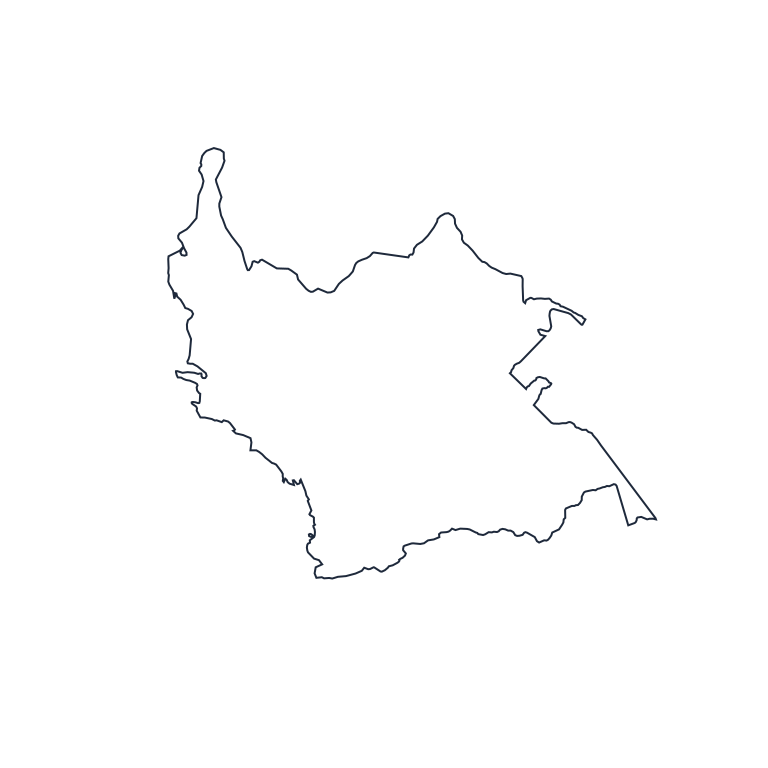 map outline of Colombia (Robinson projection), rotated 314°
{"feature_id": "COL", "entity_name": "Colombia", "entity_type": "country or territory", "adm_level": 0, "iso_a3": "COL", "parent_name": "South America", "parent_adm1": "", "projection": "robinson", "projection_center": [-72.763, 4.099], "detail": "fine", "context": "isolated", "style": "outline", "palette": "slate", "viewbox_px": 768, "rotation_deg": 314, "n_neighbors": 0, "source": "natural_earth", "source_scale": "50m", "svg_char_len": 6162}
<svg xmlns="http://www.w3.org/2000/svg" viewBox="0 0 768 768"><g transform="rotate(314 384 384)"><path d="M433.8,114.2L427.2,117.2L414.3,121.0L412.7,123.2L405.5,137.3L399.4,140.2L397.2,142.3L392.0,149.8L390.5,153.6L386.5,161.8L384.3,172.1L382.3,186.2L380.5,190.4L375.6,198.2L371.6,205.8L371.3,206.9L372.2,207.8L376.6,206.9L380.7,204.6L382.2,205.3L383.7,209.0L385.4,209.4L387.0,209.0L388.7,209.9L392.7,226.6L400.4,235.1L401.2,238.4L402.2,245.4L399.5,249.6L398.4,261.9L398.7,265.0L399.5,267.4L401.0,268.7L406.8,270.3L410.5,279.8L412.9,282.0L416.4,283.5L424.7,282.0L429.7,282.3L437.1,283.7L439.8,283.6L443.3,283.4L449.5,280.5L451.8,280.0L454.3,280.3L458.0,281.8L462.5,284.1L466.2,285.0L470.4,284.8L471.5,285.3L492.0,313.6L494.1,312.8L495.5,313.1L496.8,314.5L499.1,313.9L502.3,311.5L507.0,311.0L513.1,312.5L521.2,312.5L531.3,311.1L537.5,309.5L540.0,307.9L544.0,308.0L548.9,309.5L551.6,311.7L552.9,317.0L551.8,320.4L548.7,323.7L547.0,328.0L546.7,333.3L545.1,337.1L542.2,339.6L541.1,343.3L541.8,348.1L541.5,355.1L540.2,364.3L540.2,369.8L541.5,371.6L542.1,374.2L542.0,377.6L542.5,380.6L544.0,384.4L546.2,392.2L548.0,395.5L551.2,398.2L557.0,407.8L556.2,410.3L555.7,411.0L550.7,415.7L540.9,425.9L540.1,427.2L540.2,429.4L543.0,428.0L547.6,429.4L548.3,430.2L549.1,433.0L551.6,434.6L554.6,437.5L557.0,440.6L560.1,443.4L560.5,445.4L560.0,447.4L561.5,452.0L562.6,453.4L563.1,455.2L562.6,457.0L563.9,459.0L567.0,468.1L567.2,470.8L567.9,472.1L568.7,475.8L570.2,479.3L569.8,481.6L570.4,484.0L564.6,485.5L564.1,485.3L563.8,484.4L563.9,470.3L563.0,467.3L555.8,454.0L554.3,452.9L552.5,452.8L551.3,453.2L549.5,454.4L547.9,455.7L541.6,464.3L539.7,465.3L537.9,465.7L536.2,465.6L534.9,464.3L531.9,458.5L530.0,457.4L529.2,458.4L528.1,462.3L530.5,466.7L495.4,466.7L493.1,466.5L490.8,465.4L488.6,464.8L487.4,464.9L485.3,466.0L482.5,466.2L480.7,467.2L479.2,467.1L479.1,489.7L480.8,489.0L482.2,489.1L483.2,489.7L486.2,489.2L490.8,489.7L491.7,490.4L492.9,490.3L494.2,489.5L495.7,490.0L497.3,491.2L499.3,495.3L500.3,496.4L500.2,500.3L499.8,501.7L500.6,503.6L500.5,504.1L499.9,504.4L496.6,504.7L495.9,503.8L494.3,503.8L493.2,503.3L492.4,502.2L490.8,501.1L489.1,501.6L485.7,503.6L484.6,503.4L483.2,503.9L480.5,505.4L472.9,506.4L472.4,531.3L473.2,533.3L477.0,537.5L479.9,539.7L482.3,542.2L484.8,543.3L485.8,544.2L486.5,545.7L487.1,548.7L486.2,551.5L486.5,553.0L487.4,554.1L488.6,558.4L491.5,561.2L491.5,564.4L492.6,566.5L493.0,568.0L492.4,569.8L491.9,575.9L490.5,582.9L476.1,672.5L475.5,673.7L474.0,671.1L471.6,668.7L469.4,667.3L467.1,661.4L464.1,659.1L462.9,659.2L461.6,660.3L459.6,661.0L458.2,660.9L452.0,657.9L472.3,622.1L472.5,620.4L471.6,618.9L467.0,617.1L465.5,615.2L463.4,614.4L461.7,613.1L458.7,611.7L456.9,610.5L454.6,610.1L452.9,607.9L446.5,603.6L444.8,603.2L440.4,604.5L437.8,606.9L434.6,607.6L431.7,607.6L430.1,606.2L428.6,605.7L426.7,603.8L420.8,601.3L419.2,601.8L413.6,607.4L411.5,607.3L409.0,609.2L406.5,609.9L401.0,610.9L394.0,608.2L391.2,609.6L388.3,610.1L385.9,610.2L384.3,609.7L382.8,607.8L377.7,605.7L377.2,603.2L378.6,598.8L376.4,590.1L375.6,588.6L374.3,588.1L371.8,588.5L369.0,586.9L367.2,585.3L366.4,583.4L367.3,579.9L366.5,576.9L364.8,575.2L363.7,572.2L362.1,569.9L359.9,568.7L357.7,568.8L356.0,568.1L354.0,565.6L352.2,564.7L350.1,562.2L346.2,561.2L344.2,560.2L341.5,556.1L341.7,554.6L340.9,553.1L338.9,546.7L337.5,544.5L332.9,539.3L328.6,536.9L327.2,533.4L324.5,533.4L322.7,533.0L320.9,531.9L316.8,528.2L314.2,527.9L312.3,530.2L306.8,527.8L302.1,524.3L297.2,523.4L294.1,521.2L289.6,515.6L288.3,514.5L282.1,511.2L280.8,510.9L278.5,512.4L277.7,513.3L277.3,517.4L275.2,518.3L271.9,518.1L269.5,517.2L268.0,517.0L267.7,517.8L266.8,518.1L264.9,517.9L259.6,516.2L256.2,514.1L254.6,514.4L250.7,514.0L247.5,512.8L246.7,511.7L245.3,504.4L244.9,503.8L241.2,502.5L239.8,501.3L238.1,497.4L234.2,497.8L227.9,495.2L219.4,490.1L213.3,484.8L208.1,481.9L206.4,479.3L202.6,475.9L201.8,473.5L197.6,470.0L199.6,465.6L204.7,462.2L211.3,464.8L212.1,459.6L209.8,455.0L210.1,446.3L210.9,444.6L212.7,442.2L214.9,440.6L216.3,440.2L218.5,441.0L220.0,439.2L225.4,440.0L227.0,439.3L229.5,437.2L231.2,435.1L232.1,432.7L232.9,431.7L234.8,432.1L235.0,431.0L235.9,429.6L239.2,426.4L239.2,425.0L238.3,421.9L238.5,420.8L242.6,419.6L247.0,410.3L248.8,410.1L249.8,405.7L252.3,401.9L257.4,390.5L255.9,390.7L254.7,392.2L253.3,392.1L251.7,391.2L252.2,386.0L251.3,385.4L248.8,389.4L246.7,385.3L246.5,382.9L247.4,380.5L247.3,378.8L243.8,380.1L244.0,378.5L246.1,377.0L247.1,375.4L249.0,373.6L249.8,370.9L251.1,362.4L250.4,360.2L249.4,358.3L248.6,350.0L248.8,345.2L248.4,341.4L247.6,338.2L243.5,334.0L249.9,329.2L252.3,325.6L249.4,318.1L245.6,311.8L245.5,308.0L246.5,308.5L247.7,308.4L248.9,300.4L248.7,297.9L246.5,293.9L243.9,293.8L241.6,288.8L240.2,287.7L239.2,284.5L235.4,278.4L232.4,275.2L234.7,267.8L236.6,266.4L237.3,264.5L236.5,260.0L236.7,258.9L237.2,258.4L237.7,258.5L238.4,259.1L239.9,261.1L241.1,263.6L242.1,264.3L243.6,263.5L249.3,258.6L249.0,257.1L249.5,254.1L251.4,251.6L253.5,250.8L254.1,249.4L253.6,247.2L251.5,241.9L249.5,239.0L248.3,236.2L247.7,233.6L245.5,231.1L246.4,228.7L248.1,226.0L248.7,225.5L249.6,226.3L252.1,231.3L256.1,234.5L260.3,239.7L262.1,243.3L263.4,244.0L264.6,245.3L264.1,246.2L262.8,247.3L262.4,249.3L263.2,250.5L264.2,251.3L266.6,250.8L268.0,248.3L267.1,237.6L265.7,232.3L264.0,230.6L262.6,228.5L263.6,226.9L266.2,226.1L269.6,224.3L282.3,214.0L286.6,204.4L289.9,200.9L293.7,198.7L298.3,199.2L301.8,198.0L302.9,194.9L301.9,190.8L300.6,188.3L301.9,184.7L303.3,179.2L303.2,174.5L304.9,171.8L304.3,170.7L301.8,172.9L299.7,173.9L304.5,167.5L306.4,160.6L307.8,157.7L312.9,153.6L313.9,151.7L317.7,148.6L323.9,142.1L326.2,140.3L338.1,144.5L341.9,144.3L341.2,145.0L339.5,145.3L337.0,146.4L336.2,148.9L337.9,151.5L339.7,152.3L341.3,150.6L342.8,145.8L345.3,140.5L345.9,134.9L347.6,133.0L350.2,132.3L358.2,134.6L361.9,134.7L373.0,133.9L391.0,119.4L399.4,116.3L404.6,113.2L408.0,107.3L408.9,102.8L411.3,101.1L413.9,101.1L415.1,100.0L415.5,98.6L421.7,94.8L425.3,94.3L428.4,94.4L435.5,97.7L438.8,103.7L439.3,107.8L434.9,112.2L433.8,114.2ZM225.6,438.1L224.7,438.9L223.2,437.5L222.6,435.8L223.6,434.5L224.8,434.9L225.4,436.0L225.6,438.1Z" fill="none" stroke="#1e293b" stroke-width="2"/></g></svg>